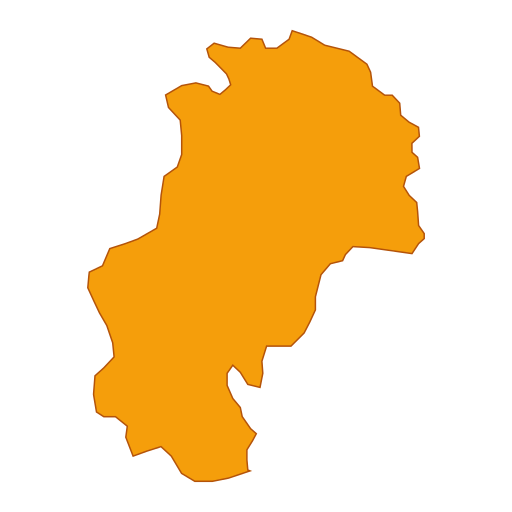 Gimcheon-si, North Gyeongsang, South Korea (Equal Earth projection)
{"feature_id": "91817680B51485783996699", "entity_name": "Gimcheon-si", "entity_type": "district", "adm_level": 2, "iso_a3": "KOR", "parent_name": "South Korea", "parent_adm1": "North Gyeongsang", "projection": "equal_earth", "projection_center": [128.084, 36.038], "detail": "fine", "context": "isolated", "style": "filled", "palette": "amber", "viewbox_px": 512, "rotation_deg": 0, "n_neighbors": 0, "source": "geoboundaries", "source_scale": "gbopen_adm2", "svg_char_len": 1532}
<svg xmlns="http://www.w3.org/2000/svg" viewBox="0 0 512 512"><path d="M214.1,43.2L206.8,48.9L209.2,57.3L215.2,62.4L226.5,73.9L228.9,79.0L230.7,84.8L225.3,89.9L219.9,94.4L212.1,91.2L208.5,86.1L195.9,82.9L181.7,85.6L165.6,95.0L168.5,107.5L180.2,120.1L181.7,135.7L181.7,154.5L177.3,167.0L164.1,176.4L161.1,195.2L159.7,214.1L156.7,228.2L137.7,239.1L124.5,243.9L109.8,248.6L102.5,265.8L89.3,272.1L88.9,275.5L87.8,287.8L93.6,300.4L99.5,312.9L106.8,325.5L112.7,342.8L114.1,356.9L103.8,367.9L95.0,375.8L93.6,393.7L93.6,394.7L96.5,412.0L103.8,416.7L115.5,416.7L127.3,426.2L125.8,437.2L133.1,456.1L146.3,451.3L161.0,446.6L171.3,456.1L181.6,473.4L194.8,481.3L212.4,481.3L228.5,478.1L250.0,470.9L247.8,470.0L246.9,459.9L246.9,449.8L252.5,440.8L256.3,433.7L250.6,428.7L242.2,416.6L240.3,407.5L232.8,398.5L227.1,385.4L227.1,373.3L232.8,365.2L240.3,372.3L247.8,384.4L260.0,387.4L262.8,373.3L261.9,361.2L266.6,346.1L278.8,346.1L291.0,346.1L304.1,333.0L309.8,322.0L315.4,309.9L315.4,296.8L321.0,274.7L330.4,263.7L342.6,260.7L345.4,254.6L352.9,246.6L369.8,247.6L383.9,249.6L412.0,253.6L418.6,243.6L424.2,238.6L424.2,233.6L418.6,225.5L417.6,211.5L416.7,202.5L409.2,195.4L403.5,186.4L406.3,176.4L419.5,168.4L417.6,157.3L412.0,152.3L411.9,143.3L419.4,136.3L418.5,127.3L409.1,122.2L400.7,115.2L399.7,103.2L392.2,95.2L384.7,95.2L372.5,86.2L370.6,72.2L366.9,64.2L349.1,51.2L324.7,45.2L311.6,37.2L292.2,30.7L289.1,39.2L276.9,48.2L265.6,48.2L261.9,39.2L250.6,38.2L240.3,48.2L228.1,47.2L214.1,43.2Z" fill="#f59e0b" stroke="#b45309" stroke-width="1.5"/></svg>